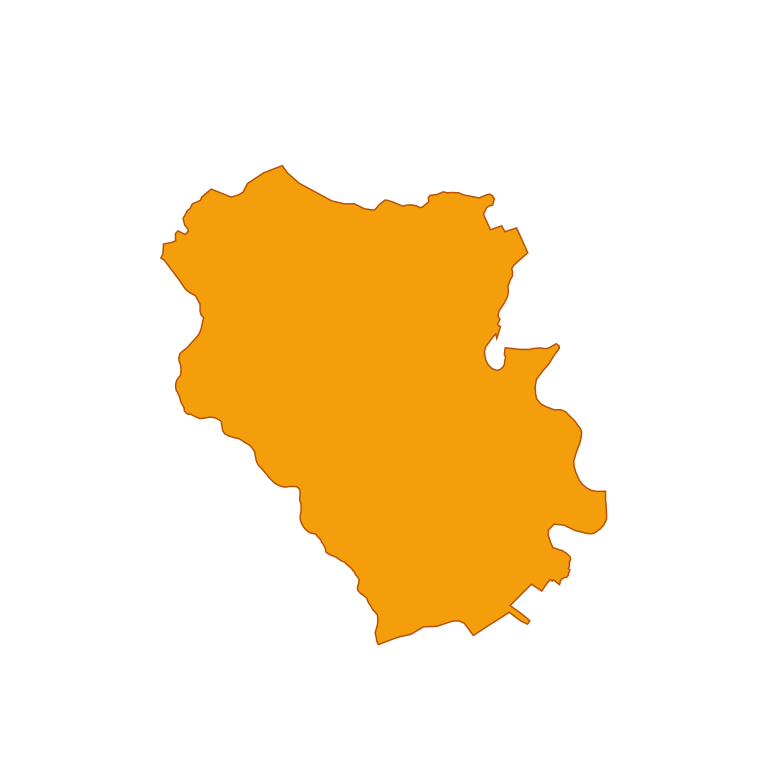 Bata, Arad, Romania (Natural Earth projection), rotated 35°
{"feature_id": "2599482B24264783228230", "entity_name": "Bata", "entity_type": "district", "adm_level": 2, "iso_a3": "ROU", "parent_name": "Romania", "parent_adm1": "Arad", "projection": "natural_earth1", "projection_center": [22.051, 46.0], "detail": "fine", "context": "isolated", "style": "filled", "palette": "amber", "viewbox_px": 768, "rotation_deg": 35, "n_neighbors": 0, "source": "geoboundaries", "source_scale": "gbopen_adm2", "svg_char_len": 5522}
<svg xmlns="http://www.w3.org/2000/svg" viewBox="0 0 768 768"><g transform="rotate(35 384 384)"><path d="M529.1,600.5L530.1,598.9L536.7,589.0L537.5,587.9L542.3,581.5L549.4,573.9L555.6,560.3L558.0,558.5L566.2,552.3L576.3,538.7L581.5,535.0L587.1,533.9L601.4,538.8L607.8,522.8L612.7,511.0L617.5,499.1L626.1,499.5L631.9,499.7L639.3,498.4L639.3,494.3L635.6,493.9L629.9,493.5L628.4,493.4L614.5,493.1L614.5,492.5L619.6,463.5L632.0,463.1L631.8,455.0L632.4,448.9L634.9,449.0L635.0,447.3L642.9,447.7L642.5,446.4L641.4,444.3L641.6,441.5L642.5,439.5L644.5,437.4L644.7,435.3L644.3,434.1L643.7,433.0L643.5,431.3L642.7,429.5L640.6,429.3L640.6,427.3L639.5,425.8L639.2,425.1L638.8,424.6L638.0,424.1L638.0,421.9L636.9,419.9L635.1,418.6L630.5,418.1L625.4,418.2L623.3,419.1L618.9,420.3L616.2,421.2L611.3,418.2L605.1,413.5L602.5,409.3L603.7,401.3L612.4,396.4L624.5,394.4L635.4,390.3L637.3,389.2L639.3,388.1L641.3,386.2L642.6,383.4L644.2,379.0L644.9,373.4L644.5,370.3L643.7,366.9L640.3,362.0L634.2,354.4L631.5,351.4L630.8,350.2L627.0,344.8L619.8,350.0L614.8,352.2L609.9,352.9L604.6,352.5L599.3,350.9L591.9,346.4L586.5,342.0L583.6,338.2L580.7,329.7L578.1,319.3L576.0,314.5L573.5,310.0L571.1,308.2L566.9,306.8L561.5,304.9L558.4,304.3L554.5,303.7L551.4,303.1L548.8,302.6L544.7,303.3L541.4,305.1L538.8,307.3L535.2,308.3L529.5,309.7L524.2,310.4L517.5,308.6L513.6,304.8L509.7,300.1L506.2,292.8L506.6,281.5L507.6,273.5L506.9,262.7L507.2,254.4L505.7,252.4L502.0,252.2L500.4,255.6L498.9,258.9L497.3,261.2L495.9,262.5L492.9,264.0L490.8,265.2L488.2,267.4L485.6,269.6L484.8,270.8L483.3,272.2L479.7,274.8L476.0,277.4L469.7,280.8L462.7,284.7L462.6,285.2L463.8,287.3L465.6,290.8L468.2,292.3L469.8,296.2L471.4,298.9L471.7,301.8L470.8,305.7L468.8,308.0L465.6,309.1L462.6,309.3L458.5,308.6L454.6,306.6L450.8,303.5L447.5,299.5L446.0,295.2L446.1,290.3L446.2,285.5L446.6,279.7L446.8,278.9L450.3,282.0L446.4,270.0L444.6,270.5L442.5,269.6L442.1,264.8L438.2,262.7L437.3,260.6L436.3,257.7L436.3,253.5L436.2,251.1L436.2,249.4L435.6,245.0L435.2,242.0L433.0,237.1L429.8,233.4L427.7,226.5L427.3,221.8L424.8,218.2L422.4,216.3L422.2,212.1L423.8,205.2L424.4,203.0L426.5,194.0L403.1,180.1L395.6,189.9L389.7,186.9L382.7,196.6L368.2,188.0L366.9,181.0L367.9,178.0L370.4,175.2L368.1,168.8L366.2,168.6L365.1,167.5L361.7,167.8L359.4,170.4L355.1,177.1L340.8,183.4L335.2,184.7L329.6,188.3L326.4,191.0L322.3,192.6L318.7,198.4L313.5,203.1L313.4,205.9L316.1,208.9L313.9,217.4L311.7,219.1L308.4,219.4L303.8,221.5L300.0,224.4L297.6,227.5L286.6,229.9L281.5,231.5L279.3,232.8L277.2,239.9L276.6,246.6L274.6,248.1L267.5,251.7L256.3,253.4L248.1,259.2L236.1,264.0L227.3,265.0L216.0,266.3L199.5,268.2L184.1,266.5L179.8,265.0L178.2,264.5L175.4,263.5L173.2,266.8L164.3,279.9L157.2,298.0L158.5,307.7L156.4,312.4L151.5,318.6L136.8,322.0L130.7,323.4L127.5,335.2L128.2,339.0L123.7,346.4L124.5,351.9L123.5,354.4L124.5,363.7L129.6,368.1L134.4,369.5L136.1,371.2L135.3,375.6L127.4,376.7L126.9,380.5L131.2,386.3L128.7,390.0L123.1,395.8L128.3,404.2L128.7,407.3L129.0,408.9L132.6,408.5L136.8,409.8L157.6,416.6L160.7,417.9L166.7,420.1L168.6,420.4L172.2,420.6L178.8,419.8L187.4,424.1L189.6,426.9L191.0,429.2L192.4,430.6L194.6,432.3L196.6,433.0L197.7,433.0L198.5,433.5L199.0,435.2L202.6,444.0L203.8,448.7L203.8,451.1L201.8,467.5L199.6,474.7L199.4,476.3L200.7,479.7L202.0,481.7L203.8,483.3L206.6,485.3L209.1,488.1L210.9,490.8L212.3,493.7L212.0,497.4L212.1,500.0L213.3,503.3L215.5,506.5L217.7,508.6L219.1,508.9L223.4,511.6L226.1,513.6L227.6,514.8L228.6,515.7L231.5,517.1L233.9,518.3L235.8,520.5L238.1,521.1L239.9,521.2L241.2,520.9L242.6,519.9L243.5,519.5L244.7,519.4L246.5,519.2L250.1,518.6L252.6,518.1L254.1,517.1L257.1,514.4L259.0,512.3L259.8,511.4L262.3,509.8L263.5,509.3L266.3,508.3L271.0,507.8L271.9,508.0L273.6,509.6L275.5,511.5L277.5,513.7L279.0,514.8L281.0,515.8L282.1,516.1L283.5,516.0L286.0,515.8L287.9,515.2L290.8,514.3L293.7,513.2L296.0,512.1L297.0,511.9L299.9,511.7L302.4,511.8L304.7,511.6L307.1,511.3L309.4,511.3L311.8,511.8L316.1,513.3L316.8,513.6L320.1,517.0L322.2,519.0L323.7,520.3L325.4,521.4L327.7,522.5L330.7,523.2L332.9,523.6L336.2,524.5L339.8,525.5L343.3,526.5L346.8,527.2L349.7,527.7L351.9,527.9L354.9,527.6L356.8,527.3L359.6,526.4L362.5,524.9L365.7,521.9L368.5,520.0L371.2,518.3L373.9,518.3L375.3,518.8L376.1,519.3L377.4,520.9L378.6,522.7L379.9,524.9L380.8,526.6L382.4,528.1L384.5,529.7L384.9,530.0L386.8,532.5L388.8,535.5L390.1,538.2L390.8,539.7L392.0,541.6L393.0,542.8L393.6,543.5L395.7,545.0L398.2,546.4L401.4,547.7L403.8,548.2L406.2,548.4L407.8,548.5L409.1,548.2L411.2,547.3L414.0,546.2L416.9,547.0L418.7,547.4L419.9,547.6L421.5,547.9L423.6,549.4L425.5,549.9L427.3,550.8L428.7,551.3L430.2,552.4L430.7,552.9L432.0,554.4L432.9,554.9L434.4,555.0L436.4,554.9L438.4,554.7L440.6,554.2L441.5,553.9L443.9,553.4L444.7,553.2L445.6,553.5L449.6,553.3L451.9,553.1L453.4,552.6L454.6,552.6L456.6,553.1L457.6,553.3L459.3,553.4L460.0,553.4L461.5,553.6L463.7,553.9L465.4,554.7L467.1,554.8L468.5,555.4L469.5,556.2L470.5,556.6L472.4,557.0L473.2,557.2L474.8,557.9L475.4,558.3L476.4,559.5L477.2,561.0L477.7,562.2L478.1,563.6L478.6,565.1L479.0,565.9L480.6,567.8L482.4,568.5L484.7,568.9L485.8,569.0L485.8,568.9L487.5,568.9L490.3,569.1L493.1,569.6L494.8,570.7L496.2,571.8L497.1,572.3L499.0,572.9L501.2,573.8L503.8,575.1L505.1,575.5L507.3,575.9L510.0,576.6L511.0,577.0L512.7,578.8L514.2,580.8L515.0,581.8L516.5,584.8L517.4,586.8L517.9,588.5L518.7,590.6L519.2,592.3L520.0,593.4L522.7,595.8L523.9,597.0L524.9,598.2L527.9,600.3L528.2,600.4L529.1,600.5Z" fill="#f59e0b" stroke="#b45309" stroke-width="1.5"/></g></svg>